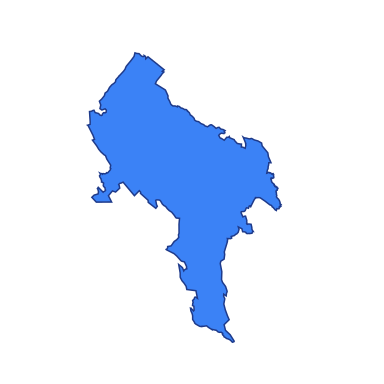 outline of Laidu pag., Kuldigas, Latvia, rotated 235°
{"feature_id": "27541924B42587812574717", "entity_name": "Laidu pag.", "entity_type": "district", "adm_level": 2, "iso_a3": "LVA", "parent_name": "Latvia", "parent_adm1": "Kuldigas", "projection": "robinson", "projection_center": [21.821, 56.751], "detail": "fine", "context": "isolated", "style": "filled", "palette": "blue", "viewbox_px": 384, "rotation_deg": 235, "n_neighbors": 0, "source": "geoboundaries", "source_scale": "gbopen_adm2", "svg_char_len": 6105}
<svg xmlns="http://www.w3.org/2000/svg" viewBox="0 0 384 384"><g transform="rotate(235 192 192)"><path d="M252.2,123.6L251.3,124.0L250.8,124.5L250.0,124.7L248.4,123.2L248.0,123.1L247.9,122.9L247.0,122.8L245.5,123.2L244.0,122.4L243.1,122.3L242.7,121.0L243.0,119.8L242.8,119.1L249.6,117.9L249.0,116.4L248.3,116.5L245.8,115.5L244.3,114.0L245.6,110.0L245.1,106.9L238.6,107.8L229.9,120.4L236.9,121.4L238.5,127.4L235.8,129.4L236.6,135.0L239.1,136.1L240.2,136.2L240.5,137.7L239.9,139.3L239.6,141.2L222.0,142.7L223.3,149.6L221.3,149.8L220.4,149.0L210.4,151.3L208.6,150.2L199.4,153.0L200.2,155.4L202.0,155.7L206.0,157.5L205.8,158.6L204.7,160.0L203.8,160.9L202.5,161.1L199.1,160.8L197.1,161.2L195.2,162.1L192.4,162.2L189.8,162.7L187.1,163.8L182.8,164.1L180.3,164.0L179.5,164.4L177.6,166.7L173.1,162.9L165.6,157.7L164.7,156.3L162.4,155.1L161.7,152.2L161.7,148.9L161.4,148.6L161.4,148.1L160.4,145.6L159.9,143.8L161.3,140.8L160.5,140.3L159.6,138.7L159.8,137.9L159.4,137.9L151.7,142.0L148.3,142.8L142.2,143.5L141.2,143.9L139.1,145.7L134.5,144.9L133.9,144.7L132.7,143.8L132.1,143.7L132.5,142.5L132.5,141.0L132.1,140.0L135.5,140.8L140.2,139.5L132.5,135.9L129.0,133.5L128.2,133.3L125.1,132.9L121.8,133.2L118.1,133.1L115.1,131.8L108.9,138.6L101.8,135.5L103.5,134.9L104.2,134.3L103.9,133.3L103.1,132.4L102.8,130.3L100.7,129.5L100.5,128.9L98.7,127.3L97.4,128.0L94.0,126.0L93.7,125.0L97.1,124.6L97.0,124.4L97.6,124.1L95.3,122.9L92.2,122.3L90.2,121.5L87.2,119.4L83.8,119.3L83.2,119.0L81.7,119.3L78.3,120.9L77.4,121.4L76.1,122.8L76.3,123.3L75.8,123.6L74.0,127.2L71.7,127.8L67.9,129.4L68.1,129.5L64.7,132.6L62.4,133.1L61.2,134.1L60.4,135.5L58.6,136.1L58.3,135.4L57.1,135.2L56.4,135.5L54.8,135.2L53.9,135.8L52.3,136.2L50.6,137.5L48.6,138.5L45.8,138.9L45.3,140.3L45.6,141.0L53.2,141.4L59.5,140.1L64.9,142.2L66.1,149.2L70.1,150.0L76.4,151.7L82.0,153.8L85.7,157.6L88.6,158.2L90.1,159.4L87.3,160.4L89.4,162.3L90.1,163.5L90.7,163.9L95.3,165.3L100.4,165.2L103.2,165.9L109.6,170.7L117.2,174.1L118.7,175.8L118.8,176.2L118.6,179.8L122.0,182.9L124.4,184.1L130.6,192.0L131.1,192.3L131.3,192.8L132.4,193.5L132.4,193.8L132.7,194.1L133.6,194.3L131.6,196.9L131.5,198.1L133.1,198.6L132.0,201.8L132.3,203.6L132.0,204.5L132.5,206.7L134.4,209.1L136.8,209.9L133.3,211.8L130.4,210.7L129.2,212.2L128.0,213.0L126.9,212.8L126.0,213.7L125.2,215.2L124.9,215.3L123.8,217.5L124.8,218.9L124.4,219.5L126.9,219.6L128.9,220.8L131.7,221.9L133.3,220.1L133.8,218.7L134.4,218.6L134.8,218.6L135.0,219.2L136.3,219.7L136.7,220.2L137.3,220.6L141.5,222.0L142.1,221.0L142.4,219.4L146.9,220.3L147.6,221.1L146.2,223.5L146.2,224.8L147.7,227.2L147.7,227.8L146.3,228.9L147.7,230.9L147.4,231.7L146.3,231.7L147.2,233.3L147.9,234.6L150.0,238.5L150.6,240.2L150.5,240.4L151.0,240.7L150.9,241.2L150.2,241.7L149.4,243.1L148.2,244.5L142.6,246.6L136.8,248.4L135.4,249.4L133.6,249.2L133.0,249.6L129.6,249.9L128.5,250.5L129.3,251.2L129.7,252.0L129.0,252.6L128.8,253.2L128.5,253.5L128.7,253.9L128.6,254.0L129.8,255.1L129.5,255.5L129.7,255.9L129.3,256.0L129.5,256.3L129.6,256.7L130.3,256.5L130.5,256.7L130.3,256.8L130.9,256.9L131.1,257.2L130.7,257.2L130.7,257.6L131.4,257.3L131.1,257.6L132.3,257.6L132.8,258.1L135.0,258.7L136.9,258.7L137.8,258.4L139.6,258.4L140.7,259.6L141.8,259.8L142.7,260.6L144.0,260.9L144.1,261.2L144.7,261.6L144.7,262.0L144.9,262.3L144.6,262.8L145.3,263.6L145.7,264.5L146.3,264.5L146.7,264.1L147.5,264.4L147.9,263.9L148.5,264.0L148.7,263.9L148.3,263.6L148.8,263.5L148.6,263.3L148.8,263.1L150.3,263.2L150.2,263.4L151.0,263.8L154.1,263.0L154.7,263.3L155.4,263.3L156.2,263.9L157.0,264.0L157.3,264.4L157.5,264.1L158.1,264.6L158.1,264.9L157.7,265.5L157.1,265.7L157.1,266.1L156.9,266.2L157.0,266.5L156.8,267.0L157.1,267.3L157.2,267.6L158.3,267.9L159.4,268.9L160.6,269.0L160.9,268.0L160.7,267.8L161.3,267.5L162.6,267.4L163.1,266.5L163.6,266.5L164.1,266.1L164.5,265.3L164.2,265.0L164.5,264.0L166.9,266.5L167.4,267.6L169.4,269.2L170.0,270.1L171.9,271.7L170.7,273.5L177.0,274.8L180.6,276.6L189.5,275.9L192.2,277.1L196.0,275.3L198.9,272.9L201.6,271.6L202.1,270.8L202.2,270.0L203.2,268.9L205.0,267.4L206.5,265.8L207.6,265.4L201.0,263.9L201.0,263.7L199.3,262.8L197.3,260.6L199.6,259.3L200.5,258.2L202.9,260.0L203.6,259.1L205.8,256.9L209.8,256.4L210.7,256.6L214.8,254.0L216.1,254.4L215.9,253.3L216.9,251.8L215.9,248.1L219.3,246.7L219.5,246.3L220.4,246.0L223.1,246.4L223.5,248.4L223.3,249.8L221.5,251.7L221.9,252.8L222.1,252.9L222.0,253.0L223.2,253.2L223.3,254.3L225.2,253.4L227.1,251.7L229.5,251.3L230.1,250.0L230.3,248.2L232.6,247.7L235.8,246.6L236.4,245.7L236.6,244.4L236.5,243.7L236.5,242.2L238.6,240.6L240.5,240.2L242.9,238.6L245.8,237.8L247.4,236.2L249.5,235.4L251.1,236.0L253.6,235.7L255.6,235.1L255.9,234.8L258.5,235.3L260.3,234.9L260.7,234.6L261.1,234.9L262.7,234.6L263.2,234.2L263.5,233.4L266.2,232.1L266.9,231.3L269.4,230.6L270.7,229.5L270.2,228.9L272.2,227.5L273.4,225.7L274.1,225.6L274.6,225.2L276.2,225.0L279.0,225.7L282.7,226.1L284.5,227.5L290.8,228.7L301.7,224.1L303.3,226.7L305.2,233.4L306.0,235.5L306.4,237.8L307.9,236.9L308.1,239.3L328.0,233.5L327.6,230.5L329.7,231.7L331.2,231.1L330.6,230.8L331.0,229.5L332.5,228.5L335.7,228.0L337.2,226.2L338.7,225.1L336.3,222.3L334.7,217.5L332.8,210.6L332.3,209.5L331.0,207.6L330.2,205.2L329.0,199.6L329.0,198.8L328.7,198.5L327.9,195.0L327.5,193.8L326.2,192.6L325.8,190.7L325.8,187.8L325.0,184.5L323.1,180.8L322.9,179.5L322.9,177.6L321.1,175.4L319.9,171.3L319.5,168.2L315.6,167.2L313.1,164.4L310.8,165.2L310.0,168.5L308.2,168.8L306.6,167.4L306.7,166.2L306.9,165.9L307.3,165.7L307.7,165.0L307.3,163.5L306.5,162.4L306.6,161.7L307.6,160.8L309.9,160.5L312.6,158.2L315.2,158.6L315.7,157.3L315.8,155.9L316.7,154.2L307.8,148.8L305.8,147.3L306.6,144.8L306.0,145.0L295.1,143.4L291.0,142.3L291.6,140.2L284.4,140.4L280.3,140.1L277.0,140.4L273.0,141.3L271.4,142.0L267.8,141.1L260.6,140.8L258.6,138.7L257.8,138.9L256.9,137.5L256.1,134.2L256.3,133.2L256.7,133.0L256.5,132.8L256.6,131.7L257.3,130.4L257.9,130.0L258.2,129.3L258.0,128.9L258.7,128.8L259.6,127.7L260.2,127.4L259.1,127.3L258.6,126.6L258.5,125.7L258.1,125.4L257.0,125.1L254.8,125.0L254.4,124.7L252.5,124.2L252.2,123.6Z" fill="#3b82f6" stroke="#1e3a8a" stroke-width="1.5"/></g></svg>